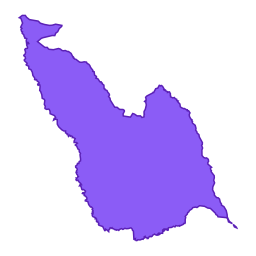 Nova Mutum, Mato Grosso, Brazil (orthographic projection)
{"feature_id": "56859067B34604900194854", "entity_name": "Nova Mutum", "entity_type": "district", "adm_level": 2, "iso_a3": "BRA", "parent_name": "Brazil", "parent_adm1": "Mato Grosso", "projection": "orthographic", "projection_center": [-56.149, -13.522], "detail": "fine", "context": "isolated", "style": "filled", "palette": "violet", "viewbox_px": 256, "rotation_deg": 0, "n_neighbors": 0, "source": "geoboundaries", "source_scale": "gbopen_adm2", "svg_char_len": 5733}
<svg xmlns="http://www.w3.org/2000/svg" viewBox="0 0 256 256"><path d="M136.0,240.5L136.9,240.6L137.8,239.8L140.1,239.9L142.3,239.1L143.1,239.3L143.6,238.4L144.5,238.0L144.9,237.5L144.3,236.9L145.1,236.3L145.7,237.5L147.6,237.9L147.4,238.5L148.1,238.5L149.4,236.5L150.6,236.4L151.0,236.8L152.1,236.3L152.6,235.3L154.5,234.1L156.2,235.1L157.7,234.5L157.6,235.1L158.3,235.0L158.8,234.7L158.0,233.9L158.5,233.2L159.2,233.1L159.6,234.3L161.1,233.2L162.6,233.3L162.8,231.2L163.2,230.8L163.8,231.2L165.2,229.6L163.7,229.5L163.9,229.0L167.1,229.1L167.2,229.6L166.6,229.8L167.7,230.3L168.2,230.1L168.2,228.1L168.7,227.7L171.7,227.4L173.4,226.3L175.0,226.9L175.8,225.6L177.7,226.0L179.4,225.6L179.5,226.1L183.2,224.4L183.8,223.4L184.8,223.5L185.2,222.9L185.2,219.4L185.7,217.4L185.2,216.4L187.3,214.1L187.7,212.5L188.6,212.1L189.6,210.4L191.7,209.1L192.8,207.6L195.4,207.1L197.0,207.5L199.6,205.7L204.5,206.3L207.7,208.0L210.4,208.4L215.4,213.2L215.9,214.5L217.4,215.4L218.0,216.8L226.8,217.7L227.8,219.3L228.5,221.9L232.4,223.6L229.5,221.5L228.7,220.2L227.3,217.0L227.1,214.4L226.2,210.5L223.9,206.6L221.5,205.2L221.5,204.1L220.3,202.2L219.5,199.0L218.2,197.8L216.6,197.6L214.4,195.2L214.4,193.4L212.6,189.9L212.8,186.9L214.6,182.9L213.7,180.3L214.3,177.8L214.2,175.7L211.1,171.6L211.4,170.6L210.7,169.8L210.4,168.1L211.6,167.3L207.9,164.1L207.8,162.6L208.6,161.3L208.3,159.3L206.6,157.9L205.4,158.1L203.7,157.5L202.0,155.5L201.9,150.0L202.6,148.0L201.6,145.3L202.3,144.4L202.4,142.6L199.4,137.1L198.9,134.6L197.0,132.9L196.8,131.6L195.7,130.3L196.0,128.3L195.2,125.3L192.6,123.2L192.1,121.7L192.5,121.3L191.6,120.1L191.9,119.7L190.8,118.9L189.5,116.5L189.2,114.6L190.0,112.9L188.6,110.7L187.4,110.8L187.3,109.8L186.8,109.9L184.4,108.5L183.8,108.7L181.3,107.6L180.3,106.7L179.9,104.0L177.6,101.6L178.2,101.0L176.7,100.3L176.7,99.3L175.2,98.7L174.4,97.5L172.8,97.9L170.5,96.8L170.7,95.9L170.2,95.1L170.5,94.0L169.6,92.1L169.2,91.8L167.5,92.4L167.5,91.7L165.6,90.8L165.6,90.2L165.0,89.8L164.9,90.4L163.9,89.9L163.7,89.4L164.1,89.0L162.6,86.4L161.5,85.5L160.5,85.9L159.7,85.3L159.2,85.4L157.8,88.1L155.7,88.7L153.7,92.5L153.0,92.4L152.8,92.9L146.8,96.0L145.6,97.3L146.1,99.0L146.0,100.7L145.4,100.6L144.6,101.5L145.7,102.0L146.3,105.0L145.3,109.3L144.1,111.4L144.0,113.3L144.4,114.2L144.0,114.8L144.0,116.9L141.9,117.5L140.5,115.9L137.1,115.9L134.5,114.1L132.7,113.5L130.5,117.1L123.3,116.0L123.1,113.9L124.4,111.3L124.3,110.4L123.0,109.5L119.6,109.4L117.1,107.3L114.7,107.2L110.3,100.1L110.0,98.2L108.6,96.5L109.5,95.0L109.0,93.6L107.8,92.3L107.0,90.5L105.1,89.7L105.0,89.0L104.1,88.7L103.9,85.1L102.3,83.9L102.3,83.1L101.1,82.6L101.2,81.9L99.8,81.7L98.0,78.9L95.9,78.1L96.5,77.1L96.4,76.4L94.6,75.1L94.1,71.7L92.7,71.4L92.9,70.4L90.6,67.4L89.8,65.5L88.8,64.3L87.1,63.4L86.5,62.1L84.2,61.8L81.9,62.3L79.7,62.2L75.9,59.3L74.5,59.0L73.6,57.3L73.3,57.7L71.1,53.4L68.5,51.5L67.5,51.5L65.2,50.5L63.6,50.8L62.0,50.5L60.4,49.1L58.5,48.5L53.4,49.7L49.2,49.3L48.5,49.0L47.3,47.4L44.9,47.4L44.2,46.9L37.5,41.6L41.2,38.4L43.0,37.7L52.2,35.5L54.8,35.6L55.7,33.2L57.7,31.7L59.2,28.6L61.7,26.4L61.9,25.4L55.6,24.2L52.2,25.2L49.5,25.4L44.6,24.5L40.3,23.2L38.2,21.1L29.5,19.6L26.6,17.3L25.3,15.4L22.3,15.4L19.3,17.7L20.9,18.3L22.6,23.1L20.7,27.2L21.9,28.4L21.0,29.3L21.1,29.9L21.6,31.5L22.5,31.9L22.1,33.1L23.8,34.9L24.2,36.7L24.9,37.4L24.8,38.1L26.7,38.6L26.2,40.7L26.5,42.9L27.4,42.3L28.2,42.4L28.8,43.6L27.2,44.0L26.6,44.9L27.6,47.2L27.4,48.3L25.5,48.6L24.8,49.6L25.6,52.3L25.0,54.3L23.9,55.1L23.8,55.7L25.2,56.8L25.5,58.5L24.2,60.0L24.5,60.8L26.9,63.0L27.1,63.8L26.2,64.5L26.3,65.1L28.7,66.2L28.8,68.8L30.9,69.6L32.3,72.2L32.9,75.5L34.8,78.2L34.6,79.5L35.3,79.9L36.5,79.6L37.4,81.4L38.1,81.6L39.1,82.8L38.9,83.5L37.7,84.1L37.7,84.8L38.2,85.3L39.2,84.7L39.8,84.9L40.1,86.6L39.7,90.5L40.6,91.5L41.8,94.7L42.2,98.3L44.2,99.3L44.8,100.4L44.3,104.4L45.3,106.3L44.9,108.2L45.2,108.7L46.6,109.4L48.6,109.1L49.2,109.4L50.0,111.2L50.1,113.7L54.3,115.5L55.2,116.6L55.6,117.7L54.1,118.5L53.6,120.1L55.2,119.2L57.2,119.6L57.3,124.2L58.8,126.9L61.9,129.9L63.9,131.0L65.6,131.0L65.5,132.8L67.0,133.7L67.1,134.3L67.7,134.1L68.5,136.4L69.7,135.2L70.4,136.2L70.8,135.8L72.4,136.5L72.3,137.6L73.1,137.5L75.2,138.5L74.1,141.1L74.1,142.5L76.4,142.5L77.4,143.2L75.3,145.0L76.7,146.1L78.0,149.1L79.1,149.6L79.3,151.9L80.5,153.4L80.0,154.7L80.6,159.1L80.5,160.9L79.2,161.5L78.8,163.5L77.5,163.4L77.1,164.9L75.6,166.1L75.7,167.4L76.9,168.3L77.3,169.5L76.4,171.1L76.8,172.2L76.1,172.4L76.7,174.1L77.4,174.7L77.8,176.3L78.3,176.6L76.9,178.0L76.3,178.0L76.6,178.5L76.0,179.3L76.0,179.9L76.9,180.6L77.9,180.1L79.0,181.9L80.8,183.6L80.4,184.1L81.3,184.8L79.8,185.2L79.5,185.8L80.2,185.7L81.0,186.5L81.9,189.5L82.4,189.8L83.5,189.5L85.5,191.1L85.4,191.9L84.3,192.6L82.8,192.7L82.4,193.5L84.5,194.1L84.1,195.2L84.4,195.7L85.4,196.0L86.8,197.7L86.9,199.2L85.3,200.2L85.3,200.9L87.8,201.5L88.7,204.6L90.5,207.0L91.4,206.9L92.7,208.4L92.1,209.6L93.0,210.4L92.3,212.0L93.1,212.1L93.0,213.3L92.1,213.7L92.7,214.2L92.2,214.6L92.3,215.7L92.9,216.6L95.0,217.5L95.2,218.5L95.6,218.0L96.0,218.2L96.0,218.8L96.6,219.2L96.4,221.2L96.7,221.7L97.7,221.4L97.9,222.4L98.8,223.3L98.5,224.5L98.9,225.2L102.7,226.5L104.7,230.6L105.1,230.6L105.6,229.5L105.8,229.9L106.5,229.6L108.7,231.6L108.8,229.9L110.0,228.7L109.9,228.1L110.9,227.7L111.7,228.3L112.1,227.9L112.4,228.6L113.4,228.6L114.5,229.6L116.0,229.6L116.2,230.2L118.0,229.8L118.8,230.4L119.6,229.4L121.4,228.6L122.9,229.4L124.9,228.3L126.1,228.7L128.3,228.6L130.9,227.8L132.3,229.2L132.5,230.3L133.4,231.1L133.9,239.1L135.3,238.6L135.0,239.7L135.5,239.7L136.0,240.5ZM163.2,230.8L162.6,230.6L162.7,230.0L163.2,230.0L163.2,230.8ZM236.7,227.9L236.4,227.2L233.2,224.4L234.4,226.9L236.7,227.9Z" fill="#8b5cf6" stroke="#5b21b6" stroke-width="1.5"/></svg>